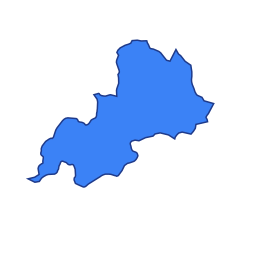 the border of Wangdi Phodrang, rotated 208°
{"feature_id": "BTN-2487", "entity_name": "Wangdi Phodrang", "entity_type": "District", "adm_level": 1, "iso_a3": "BTN", "parent_name": "Bhutan", "parent_adm1": "", "projection": "albers", "projection_center": [90.204, 27.588], "detail": "fine", "context": "isolated", "style": "filled", "palette": "blue", "viewbox_px": 256, "rotation_deg": 208, "n_neighbors": 0, "source": "natural_earth", "source_scale": "10m", "svg_char_len": 3000}
<svg xmlns="http://www.w3.org/2000/svg" viewBox="0 0 256 256"><g transform="rotate(208 128 128)"><path d="M136.7,210.1L134.4,209.7L125.8,205.9L122.3,206.7L122.5,219.8L118.1,217.0L115.5,216.6L108.9,213.7L102.0,212.9L98.0,207.5L95.9,203.6L95.0,201.3L94.6,200.4L93.4,198.5L91.7,196.6L88.1,193.6L86.0,191.5L83.6,189.9L82.2,189.4L77.1,189.8L73.6,187.7L63.8,189.8L63.8,178.3L64.2,176.2L64.2,174.2L63.9,173.8L63.4,173.5L62.0,172.5L60.7,170.9L69.7,163.1L68.4,159.3L68.7,155.7L69.5,152.2L78.3,149.8L80.9,147.3L81.6,145.0L81.9,143.0L82.0,142.1L81.6,140.3L81.8,140.3L88.8,140.9L89.0,140.9L97.3,138.8L101.3,135.5L102.1,132.6L108.0,127.7L112.3,121.9L116.1,120.6L118.5,118.2L118.9,117.0L118.9,115.6L118.3,114.7L117.0,113.4L115.6,111.7L114.4,110.6L113.2,110.0L112.0,110.0L109.8,110.3L108.6,110.2L107.5,109.5L106.2,108.1L106.0,106.2L106.1,104.2L106.5,102.7L106.9,101.7L107.6,100.8L110.2,98.0L111.9,96.5L113.5,93.2L113.3,87.6L114.2,81.5L114.7,80.8L115.4,80.1L116.1,80.1L116.9,79.9L117.7,79.7L121.2,79.1L123.0,78.4L126.4,76.6L127.9,75.0L129.0,73.5L129.6,72.2L136.7,59.9L137.9,56.7L138.6,55.7L139.4,55.1L140.2,54.9L145.7,54.5L148.4,54.4L151.2,56.8L151.7,57.9L152.0,58.8L151.8,59.3L151.7,59.8L151.7,60.3L152.0,61.4L155.3,66.8L157.6,68.9L159.0,69.8L160.0,69.7L160.8,69.2L161.8,68.3L162.8,67.9L163.9,67.8L166.2,68.5L167.2,68.4L168.3,68.2L170.0,68.1L171.0,67.4L171.4,66.4L171.3,65.3L171.1,64.2L171.1,62.3L170.9,61.5L170.6,60.5L170.2,59.6L170.0,58.8L170.2,57.3L169.8,56.2L170.1,54.6L171.1,52.9L176.4,49.7L177.9,48.3L179.7,45.5L180.8,43.1L181.2,39.2L183.7,37.2L184.8,36.4L192.4,36.2L187.3,40.7L184.7,45.2L188.3,49.9L188.7,51.3L188.8,52.6L188.3,54.3L187.8,55.2L187.4,56.0L187.0,56.4L186.8,56.8L186.7,57.2L186.9,57.6L187.4,58.3L187.8,59.2L188.3,60.6L188.8,61.9L189.2,62.6L189.6,62.9L191.6,63.3L192.1,63.6L192.6,63.9L193.1,64.7L193.4,65.5L193.7,66.9L194.1,67.7L194.5,68.3L194.9,69.1L195.1,70.2L195.3,72.0L194.4,77.5L192.5,81.1L191.5,82.5L190.6,83.1L190.1,83.1L189.7,84.0L189.5,84.8L190.8,92.3L190.7,95.0L189.2,103.8L188.5,105.8L187.6,107.3L185.9,108.7L178.2,112.0L177.4,112.0L176.5,111.7L174.9,110.5L174.0,110.5L173.1,110.7L171.9,111.2L170.5,111.5L169.5,111.5L168.9,111.5L168.3,111.3L167.7,111.0L167.1,110.8L166.5,110.9L165.9,111.4L165.2,112.2L164.8,113.0L164.5,114.2L164.2,117.7L163.6,118.8L161.4,121.8L161.4,123.2L161.6,124.2L162.4,125.8L162.7,126.6L162.9,127.4L163.0,127.9L163.7,129.5L164.0,130.4L167.0,136.7L168.8,138.9L173.7,141.4L171.9,143.1L171.2,143.7L170.6,144.4L170.2,144.7L169.6,144.8L168.8,144.3L167.8,144.1L166.5,144.2L164.3,144.9L162.8,145.6L159.9,148.5L158.9,149.2L152.8,150.7L155.8,155.8L156.3,157.4L157.2,163.1L159.9,167.9L162.0,170.6L161.8,171.3L161.9,172.1L161.7,172.7L162.0,173.5L162.8,174.6L167.8,179.2L169.1,180.6L169.8,182.4L170.5,187.8L173.3,189.5L173.4,192.0L172.5,195.1L169.4,199.7L167.0,202.1L165.4,204.1L165.4,207.1L161.0,209.9L157.3,211.0L152.4,213.8L150.8,212.2L149.1,211.2L146.6,209.1L145.9,208.8L145.1,208.8L142.6,209.6L136.7,210.1Z" fill="#3b82f6" stroke="#1e3a8a" stroke-width="1.5"/></g></svg>